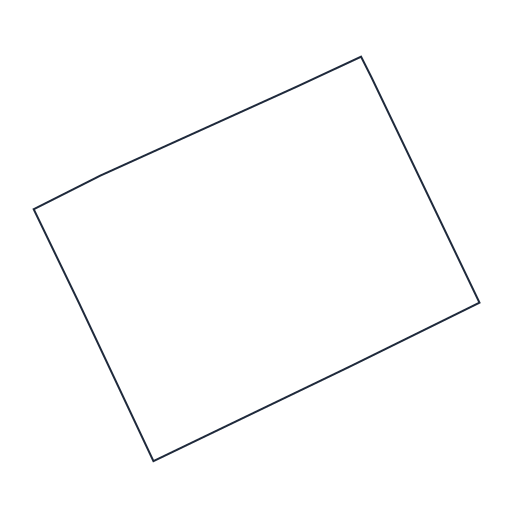 the district of Wayne, Illinois, United States of America, rotated 334°
{"feature_id": "52423323B46335628261152", "entity_name": "Wayne", "entity_type": "district", "adm_level": 2, "iso_a3": "USA", "parent_name": "United States of America", "parent_adm1": "Illinois", "projection": "robinson", "projection_center": [-88.446, 38.431], "detail": "fine", "context": "isolated", "style": "outline", "palette": "slate", "viewbox_px": 512, "rotation_deg": 334, "n_neighbors": 0, "source": "geoboundaries", "source_scale": "gbopen_adm2", "svg_char_len": 282}
<svg xmlns="http://www.w3.org/2000/svg" viewBox="0 0 512 512"><g transform="rotate(334 256 256)"><path d="M73.9,395.4L292.1,396.5L436.4,395.9L438.1,146.0L437.8,122.9L368.4,121.7L151.5,115.5L76.7,116.5L76.3,221.2L73.9,395.4Z" fill="none" stroke="#1e293b" stroke-width="2"/></g></svg>